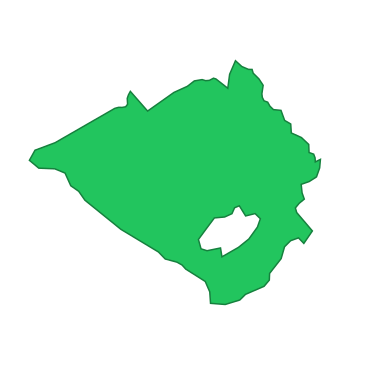 Veszprém, Albers equal-area conic projection, rotated 62°
{"feature_id": "HUN-3158", "entity_name": "Veszprém", "entity_type": "County", "adm_level": 1, "iso_a3": "HUN", "parent_name": "Hungary", "parent_adm1": "", "projection": "albers", "projection_center": [17.661, 47.071], "detail": "fine", "context": "isolated", "style": "filled", "palette": "green", "viewbox_px": 384, "rotation_deg": 62, "n_neighbors": 0, "source": "natural_earth", "source_scale": "10m", "svg_char_len": 1335}
<svg xmlns="http://www.w3.org/2000/svg" viewBox="0 0 384 384"><g transform="rotate(62 192 192)"><path d="M282.9,104.0L289.9,117.4L282.5,119.5L281.3,127.8L283.8,136.0L292.7,144.6L300.3,161.7L306.1,165.1L309.1,172.6L307.5,192.8L309.8,200.5L306.9,215.5L299.0,227.9L288.5,223.2L277.2,222.3L257.2,233.7L251.7,235.1L246.8,238.3L238.6,247.1L229.2,249.8L191.6,272.3L149.0,290.4L138.2,291.7L129.6,296.1L115.7,295.2L107.1,302.3L99.0,316.1L87.7,320.7L81.4,311.0L84.2,289.8L81.9,220.9L82.8,217.0L84.5,214.0L85.6,210.6L84.3,207.7L78.9,205.2L76.4,202.5L74.2,199.2L99.7,193.2L95.6,161.2L96.5,146.5L95.0,137.8L97.5,130.3L100.1,127.7L101.6,124.2L101.6,119.6L103.4,117.8L117.2,111.7L105.7,103.5L96.5,92.0L104.6,89.1L110.2,84.6L112.0,81.4L115.8,82.2L123.5,79.8L131.2,79.1L138.1,84.2L141.5,85.5L145.3,85.6L148.2,83.0L152.8,82.9L157.5,81.4L161.7,75.1L172.3,76.6L178.3,72.9L186.5,76.6L195.3,69.8L204.8,66.6L212.1,70.1L215.7,66.8L219.6,67.3L223.3,69.0L223.5,63.3L230.7,68.0L237.1,75.0L237.8,83.6L236.5,92.0L244.4,95.2L251.0,96.2L252.3,102.7L254.6,108.2L259.3,109.2L282.9,104.0ZM263.3,196.0L262.7,177.0L260.2,163.9L253.7,150.7L247.7,144.2L240.7,146.4L238.3,155.9L226.4,156.7L225.9,161.8L229.9,166.9L229.4,174.9L225.4,184.4L230.9,196.1L236.9,208.6L246.4,210.7L250.9,206.3L254.8,193.1L263.3,196.0Z" fill="#22c55e" stroke="#15803d" stroke-width="1.5"/></g></svg>